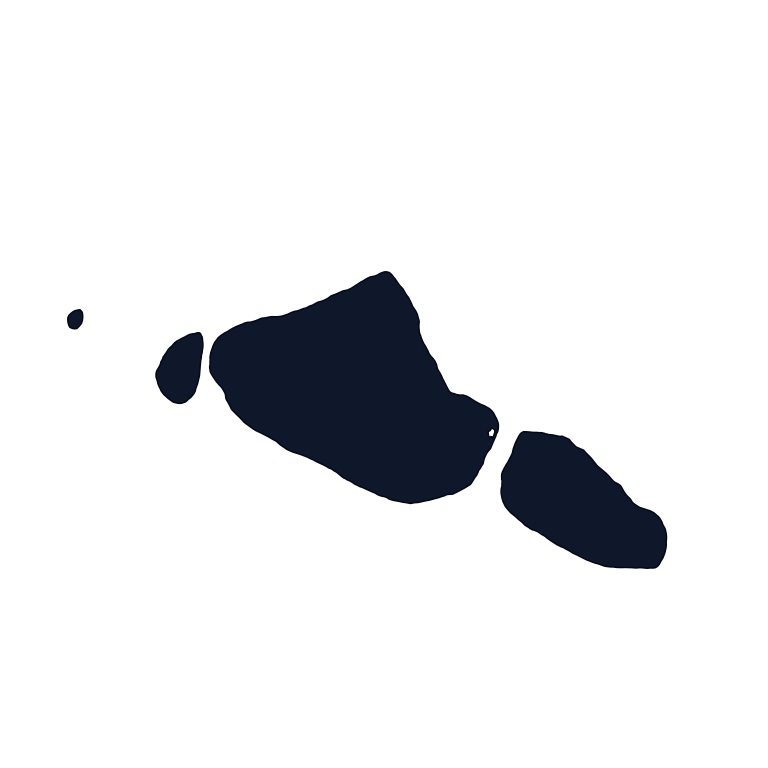 outline of Male', Maldives, rotated 289°
{"feature_id": "70690204B31972615950169", "entity_name": "Male'", "entity_type": "district", "adm_level": 2, "iso_a3": "MDV", "parent_name": "Maldives", "parent_adm1": "", "projection": "orthographic", "projection_center": [73.47, 4.391], "detail": "fine", "context": "isolated", "style": "filled", "palette": "ink", "viewbox_px": 768, "rotation_deg": 289, "n_neighbors": 0, "source": "geoboundaries", "source_scale": "gbopen_adm2", "svg_char_len": 6128}
<svg xmlns="http://www.w3.org/2000/svg" viewBox="0 0 768 768"><g transform="rotate(289 384 384)"><path d="M489.8,355.9L491.1,352.8L491.1,351.4L490.6,348.8L489.9,347.5L488.3,345.5L486.7,343.8L485.4,342.8L483.3,340.5L480.6,336.0L479.1,334.4L477.4,332.8L474.6,330.6L472.3,328.4L470.2,326.9L466.6,324.0L464.7,322.6L462.9,320.9L461.0,318.9L458.6,314.9L453.8,309.8L450.0,305.2L447.1,303.3L444.6,301.1L442.2,298.4L439.8,294.8L435.2,290.6L433.0,287.8L430.6,285.7L429.2,283.5L427.5,281.4L426.2,280.0L424.6,277.8L423.6,275.9L421.9,273.7L418.4,270.0L415.4,266.1L414.0,263.7L413.1,261.8L412.4,259.9L411.1,256.0L410.5,254.6L407.7,249.9L406.5,247.1L404.1,244.3L402.3,242.4L401.0,240.6L399.5,238.5L398.5,236.6L398.1,235.2L396.1,232.2L394.6,230.8L390.7,226.1L387.5,222.9L382.3,218.6L380.9,217.2L377.7,214.6L375.5,213.2L373.2,211.9L371.3,211.5L368.7,210.5L364.7,210.0L357.4,210.0L352.5,210.8L350.6,211.7L348.9,212.1L345.5,213.3L343.5,213.5L339.1,215.7L337.5,217.2L334.1,221.5L331.5,225.0L330.7,226.5L329.6,228.2L329.0,229.6L327.9,231.6L325.6,234.5L324.1,236.1L322.6,237.4L319.1,239.1L317.8,240.2L315.7,242.7L312.8,245.8L310.7,247.8L309.6,249.7L306.6,255.7L305.9,257.4L303.6,261.9L302.4,263.9L301.2,267.5L298.9,275.1L298.2,278.2L297.7,283.4L296.5,291.6L295.2,298.2L294.9,300.5L292.7,305.9L290.6,313.4L290.5,314.4L290.0,319.5L290.2,326.9L290.0,335.3L289.5,338.3L289.3,341.5L288.6,345.5L287.7,354.0L287.2,357.1L286.7,358.8L286.6,362.1L285.6,365.4L285.2,367.8L282.2,375.8L281.9,378.4L281.4,380.3L281.2,383.5L280.6,386.4L279.9,388.5L279.6,391.4L279.1,394.8L279.2,397.0L278.1,408.5L278.0,411.1L277.3,414.0L277.2,416.1L277.2,417.9L277.6,420.8L277.7,423.6L276.9,426.2L276.9,428.5L277.2,431.8L277.7,434.8L278.5,440.9L279.2,444.5L279.7,448.0L281.8,451.7L283.2,455.0L287.3,461.7L288.8,464.4L295.0,473.6L296.3,475.0L297.8,477.3L299.1,478.5L300.2,480.0L302.3,484.9L303.5,486.0L305.3,487.9L312.2,494.3L316.8,498.1L319.0,499.0L325.1,500.3L328.0,501.3L328.8,501.3L331.0,501.6L332.9,501.6L334.8,502.2L336.7,502.7L337.9,502.8L340.7,503.6L345.4,503.1L348.4,503.2L351.4,503.6L353.6,504.1L357.6,505.7L364.5,506.1L371.0,506.7L373.2,506.5L375.9,507.0L379.0,506.6L382.6,505.5L384.9,504.2L387.8,501.7L390.2,499.1L392.1,497.2L393.6,494.9L395.0,491.8L396.1,485.9L396.2,482.9L396.6,479.6L397.3,475.8L399.0,468.7L399.4,466.1L399.3,462.3L398.2,459.4L397.6,455.9L397.7,454.0L397.5,451.0L398.0,448.7L400.0,446.1L404.3,441.7L408.2,437.6L410.8,435.3L412.7,433.2L414.3,431.2L416.1,429.3L419.5,427.3L422.0,424.9L423.9,422.3L425.8,418.8L427.4,416.7L429.2,415.1L433.0,411.1L435.5,408.0L437.9,405.8L440.0,404.0L441.6,402.9L443.1,401.5L445.0,400.3L449.2,398.4L451.4,397.7L454.3,397.0L456.1,396.0L458.0,394.6L460.3,393.1L462.0,391.6L463.7,389.8L466.7,385.7L468.6,384.1L470.2,382.6L473.7,379.0L475.2,376.7L476.8,374.7L480.1,370.9L482.3,366.8L483.5,365.0L487.2,360.1L488.1,358.4L489.8,355.9ZM374.1,504.5L370.0,504.5L368.8,504.2L369.0,504.1L369.3,503.6L369.1,502.5L368.9,502.7L368.5,502.7L368.2,502.1L367.9,501.3L368.8,499.9L370.4,499.0L372.9,497.9L374.3,499.3L375.1,499.6L375.9,499.9L376.8,499.6L377.2,499.6L377.5,500.1L377.5,500.6L377.0,502.8L376.7,503.5L375.5,504.2L374.1,504.5ZM392.4,572.6L392.4,571.2L392.7,569.5L392.0,568.2L391.6,566.8L391.1,563.1L391.0,561.7L390.6,559.4L389.8,556.0L389.7,554.7L389.7,554.0L389.4,553.1L389.6,552.0L389.3,549.0L388.4,546.4L388.2,545.1L386.6,540.1L385.8,536.5L384.7,532.5L384.2,531.3L382.4,529.7L380.8,529.0L378.4,528.4L375.4,528.0L371.8,527.5L368.7,527.4L365.3,527.3L359.9,527.9L350.0,526.5L347.9,525.9L343.5,525.1L339.4,524.6L337.4,524.7L335.4,525.1L332.9,526.1L332.3,526.2L330.6,527.4L328.8,527.8L325.7,528.8L323.6,528.9L321.8,529.3L318.9,530.3L314.9,532.5L311.5,534.9L308.5,537.9L307.1,539.6L306.3,540.9L305.4,542.5L303.5,545.8L302.9,547.6L301.7,550.8L300.5,553.8L299.8,555.1L299.1,557.4L298.2,559.7L296.4,563.3L295.4,567.8L294.8,569.4L294.7,571.0L294.4,571.7L294.7,573.0L294.4,577.5L293.4,580.8L292.4,586.0L291.4,588.4L290.1,592.9L288.4,599.7L287.8,604.7L287.8,606.7L287.1,610.2L286.7,613.0L285.6,617.8L285.1,623.0L284.9,624.1L283.7,632.8L283.4,641.9L283.6,643.9L283.7,645.0L283.6,651.8L284.0,654.1L284.8,657.7L285.5,659.7L286.4,663.9L287.1,666.3L289.7,673.6L290.0,674.9L290.9,677.6L291.4,679.4L291.7,680.8L292.3,682.6L293.8,686.1L294.4,688.3L295.0,690.9L295.4,692.6L296.4,694.8L297.8,698.8L298.8,700.5L299.9,701.4L301.6,702.4L303.3,703.0L305.7,703.3L310.3,704.3L314.7,704.5L317.2,704.4L318.0,704.2L320.5,704.0L323.8,703.3L326.2,702.3L329.5,701.5L331.6,700.8L334.1,699.7L337.7,697.6L339.1,696.5L341.4,693.8L344.3,691.4L346.9,688.3L347.9,686.6L350.1,681.1L350.7,677.1L350.5,666.1L351.1,663.2L352.3,658.9L352.8,657.7L353.3,657.0L355.4,654.4L357.7,649.7L358.5,648.4L359.6,647.0L361.3,644.8L362.4,643.7L364.2,641.6L364.8,640.8L365.7,638.1L366.2,634.4L366.7,632.8L368.2,629.9L369.8,627.2L371.8,623.3L372.4,621.7L373.1,620.1L375.7,613.1L376.4,611.7L381.2,604.3L382.7,601.5L384.2,598.2L385.0,596.7L385.6,595.6L386.4,594.4L386.9,587.3L387.2,585.6L387.9,584.4L388.4,583.2L390.3,579.6L391.9,577.1L392.4,572.6ZM372.1,192.2L371.5,190.5L370.5,189.4L370.2,188.9L368.0,184.7L366.5,183.0L363.2,180.0L361.4,178.1L359.2,176.2L357.4,174.4L355.4,173.0L353.4,172.0L350.9,171.1L348.3,169.6L346.4,168.7L342.9,168.0L337.6,166.4L335.2,166.5L332.6,165.9L329.3,166.1L327.2,165.8L322.3,164.8L319.5,165.1L317.7,165.7L316.1,166.4L313.4,168.5L311.7,169.6L310.2,170.5L309.4,171.4L308.3,172.2L306.5,174.2L305.6,174.8L304.5,176.1L302.4,179.2L301.1,182.3L300.0,184.9L299.1,187.8L298.5,189.6L298.3,191.5L298.7,195.6L299.5,198.0L300.0,198.9L301.9,201.5L302.6,202.2L304.0,203.1L306.0,204.0L308.6,205.8L312.6,207.3L316.0,207.8L318.1,207.5L323.6,207.6L325.6,207.4L331.8,206.8L339.1,204.9L346.3,203.1L349.6,202.6L351.8,202.0L354.6,201.8L357.1,201.2L359.6,200.8L361.6,200.2L364.0,199.3L365.8,198.4L367.5,197.7L369.6,196.4L370.5,195.3L371.6,194.4L372.3,193.1L372.1,192.2ZM355.3,72.4L354.4,70.7L352.7,67.9L351.0,66.4L348.9,65.0L346.6,63.8L343.8,63.5L342.3,63.9L339.5,65.1L336.8,66.9L335.3,68.7L335.1,71.3L335.5,73.6L336.6,75.6L338.2,76.4L340.9,77.6L342.7,78.2L345.6,78.1L347.6,77.8L349.8,77.1L352.0,76.2L353.7,75.2L355.3,72.4Z" fill="#0f172a" stroke="#020617" stroke-width="1.5"/></g></svg>